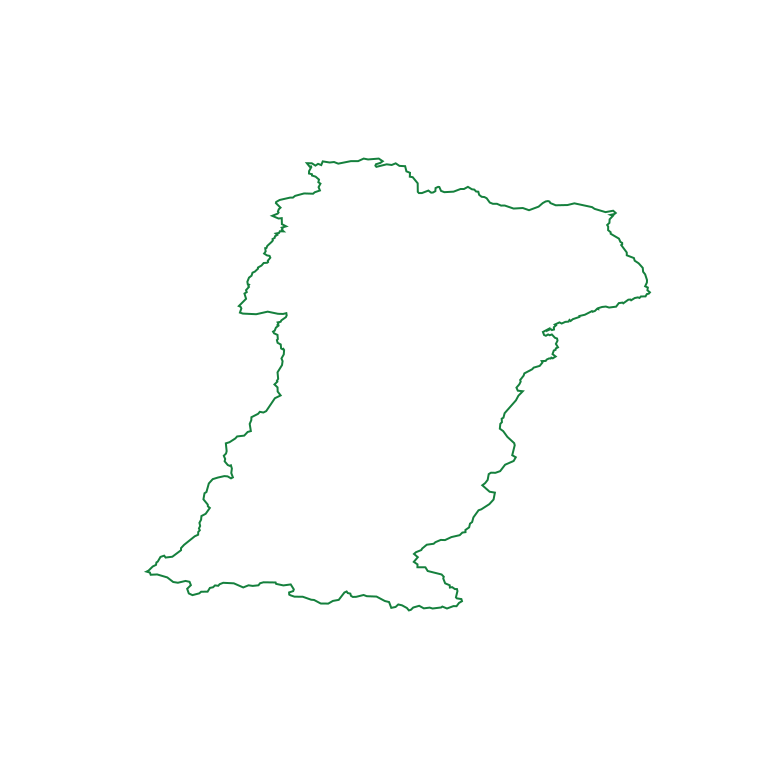 the district of Chaparral, Tolima, Colombia, rotated 253°
{"feature_id": "7082276B10096367300511", "entity_name": "Chaparral", "entity_type": "district", "adm_level": 2, "iso_a3": "COL", "parent_name": "Colombia", "parent_adm1": "Tolima", "projection": "equal_earth", "projection_center": [-75.57, 3.753], "detail": "fine", "context": "isolated", "style": "outline", "palette": "green", "viewbox_px": 768, "rotation_deg": 253, "n_neighbors": 0, "source": "geoboundaries", "source_scale": "gbopen_adm2", "svg_char_len": 6166}
<svg xmlns="http://www.w3.org/2000/svg" viewBox="0 0 768 768"><g transform="rotate(253 384 384)"><path d="M393.9,665.1L396.6,663.3L399.1,664.5L401.1,662.3L404.2,665.1L406.5,665.9L412.5,665.8L415.6,664.6L419.4,665.4L425.0,662.8L428.6,659.8L431.4,659.8L436.1,653.8L438.8,654.6L447.5,651.5L447.9,652.6L449.3,653.0L450.8,651.6L454.3,651.2L461.4,644.7L462.9,645.1L465.6,643.3L469.0,644.4L470.8,643.9L472.2,646.7L475.5,647.9L477.9,652.1L479.5,650.1L479.2,654.0L479.8,655.6L482.7,653.8L483.6,646.1L489.9,636.6L492.3,634.7L501.1,618.9L501.5,611.8L504.7,600.5L508.4,596.0L510.1,595.6L511.0,594.3L511.3,592.0L510.6,588.7L508.4,583.7L507.8,573.5L511.7,568.2L513.9,559.2L519.4,551.6L520.4,548.1L523.3,544.7L524.5,540.8L526.6,538.2L531.6,536.5L533.4,534.7L534.5,532.1L537.1,530.3L540.3,530.4L541.2,528.3L543.5,527.2L544.5,525.0L548.0,521.9L547.1,517.5L548.1,514.3L547.6,506.8L549.8,497.8L552.0,495.0L556.2,494.5L556.7,493.4L556.3,490.6L553.4,489.5L552.8,486.9L553.2,485.0L556.0,483.0L555.5,476.0L556.4,473.2L557.9,472.5L566.1,474.9L573.4,471.9L574.7,469.3L578.4,470.6L580.8,467.6L586.1,467.9L588.1,462.5L591.6,459.7L591.2,455.4L593.3,450.8L593.9,440.2L595.3,439.6L596.5,440.6L596.5,445.1L597.4,447.9L601.1,444.9L603.4,434.4L605.5,430.5L604.7,424.4L606.8,417.6L608.1,404.7L610.9,401.1L611.7,396.8L614.8,390.5L611.7,388.0L613.8,385.3L612.9,382.3L616.2,379.5L617.7,374.8L613.5,376.5L613.5,377.8L612.7,377.9L609.5,374.6L607.2,373.8L605.7,376.4L604.4,376.1L602.3,379.2L598.5,381.6L596.1,380.2L594.2,381.8L591.4,379.0L587.8,379.3L587.6,373.8L586.7,371.8L589.6,363.3L589.9,354.0L588.9,351.4L589.7,348.8L590.5,338.0L589.6,334.1L588.6,333.5L582.9,336.6L581.9,334.5L580.0,333.0L578.8,333.3L578.0,332.1L577.5,326.3L573.1,331.5L572.5,334.7L566.7,333.1L563.4,336.5L563.4,331.9L562.0,332.3L561.3,331.4L559.3,332.6L560.5,329.0L559.2,327.9L559.5,324.5L557.8,325.6L557.1,322.9L555.7,322.2L555.2,319.8L553.7,319.6L552.8,318.2L550.2,312.8L548.4,311.3L548.6,310.1L545.4,309.6L543.8,307.5L541.2,309.7L540.0,312.0L538.0,312.2L535.8,308.9L534.5,308.8L534.1,307.7L534.9,304.3L533.1,301.5L532.2,297.5L531.1,297.2L529.2,293.3L528.9,290.8L526.3,289.0L525.2,286.0L521.7,283.2L519.3,282.9L518.4,284.0L517.5,282.9L516.3,283.2L514.1,279.5L512.0,279.6L511.3,277.0L505.8,277.0L501.0,268.0L499.8,269.4L498.0,269.7L494.4,267.1L492.6,269.6L488.1,282.2L487.2,293.9L482.1,303.2L480.5,308.0L480.3,311.3L478.1,311.0L476.6,309.7L474.9,304.5L473.7,303.3L474.0,300.3L472.3,300.6L471.6,299.4L470.6,300.0L469.5,297.1L467.0,295.1L466.5,293.2L464.6,293.7L462.1,296.5L458.0,295.6L457.3,294.4L454.5,294.3L452.0,296.8L448.1,296.0L446.9,297.1L447.1,298.0L445.7,298.4L441.6,296.8L438.4,293.4L435.5,293.7L431.9,292.0L426.3,285.6L419.9,284.3L418.3,282.5L417.4,282.7L415.6,279.1L411.9,281.2L407.9,280.1L403.3,281.8L402.3,275.5L392.5,263.4L392.0,260.3L393.7,257.1L392.3,254.9L391.0,247.5L388.2,246.5L385.1,243.9L377.9,242.9L378.0,239.6L375.5,235.2L376.8,228.2L375.4,225.9L373.5,219.2L373.5,215.4L365.8,213.9L363.7,212.6L362.2,209.8L358.7,210.2L356.7,209.0L352.2,210.9L350.8,212.6L351.0,213.8L347.6,213.8L343.5,211.9L338.9,212.2L338.5,210.1L341.4,207.4L342.6,204.4L343.1,197.9L343.1,192.4L340.1,187.4L332.6,182.6L332.0,180.4L326.5,177.6L320.2,180.2L318.5,179.8L316.4,181.2L312.0,175.5L311.1,170.8L307.7,169.4L305.2,166.9L302.0,166.7L300.0,164.8L298.0,165.1L296.8,163.1L294.2,162.2L293.7,158.5L288.6,145.7L286.4,141.9L284.4,141.3L280.7,131.1L281.9,124.4L284.1,123.6L284.0,119.7L280.3,115.7L279.9,114.2L277.7,113.1L277.1,109.5L274.4,104.3L274.0,102.1L272.1,105.0L269.8,105.1L268.2,111.4L262.4,120.2L256.3,124.5L254.2,128.8L253.7,136.6L251.7,140.2L248.1,140.5L245.7,135.9L240.8,136.1L238.1,139.1L237.8,146.1L238.8,148.4L237.0,154.6L239.9,157.9L239.6,161.1L240.8,163.5L239.5,166.5L240.6,168.3L240.9,172.1L237.3,182.1L230.6,189.9L231.1,195.6L229.3,199.4L228.2,205.1L229.7,207.2L229.6,210.8L225.9,222.3L224.4,222.4L220.8,228.9L219.6,236.2L214.0,237.7L212.5,236.6L212.4,232.3L210.3,231.8L209.2,232.9L206.8,236.2L204.3,244.1L199.0,251.3L197.9,254.0L192.6,259.3L190.3,266.5L191.5,271.7L190.8,277.6L196.2,285.2L196.5,287.6L194.7,288.2L193.4,290.5L191.1,290.5L189.5,291.9L188.6,295.2L188.2,302.8L186.1,305.5L182.9,314.7L176.2,321.4L174.0,325.1L167.8,325.5L167.4,329.9L169.0,333.2L167.1,336.5L163.1,340.4L160.2,341.6L160.2,343.7L161.7,346.6L161.6,352.8L157.8,356.5L156.8,362.3L155.1,364.8L153.6,373.3L154.1,374.7L150.9,378.6L151.3,385.5L150.3,388.4L152.7,391.7L153.5,395.1L155.7,395.1L157.7,391.0L158.9,390.4L164.5,393.7L166.6,393.8L167.2,391.8L169.8,389.8L170.1,387.5L172.3,388.0L175.5,384.2L180.7,383.8L182.2,384.8L185.0,383.4L192.4,371.1L196.6,370.0L199.0,362.4L201.7,363.3L205.2,360.5L208.5,365.7L212.7,363.0L213.8,365.4L214.3,371.1L215.5,372.4L217.8,377.9L216.7,384.8L217.7,386.9L218.3,392.7L216.9,396.7L217.9,403.7L217.3,412.2L219.0,415.5L218.5,418.6L220.6,419.2L222.0,423.5L225.3,425.4L226.2,427.9L230.3,430.5L235.6,437.5L235.7,440.4L238.3,449.6L241.5,455.0L247.7,458.3L250.1,453.5L258.4,448.4L259.6,451.7L262.0,455.1L267.2,457.8L267.9,460.4L266.5,464.6L266.7,469.6L271.4,476.2L272.5,485.5L275.4,488.6L278.4,485.8L287.2,491.1L289.4,491.2L297.4,486.5L304.1,484.2L307.4,481.7L311.9,483.6L313.0,485.6L316.4,486.4L316.9,488.4L320.8,490.8L329.8,505.4L333.5,509.1L336.5,514.6L338.5,510.0L341.8,509.6L344.1,513.3L346.3,515.4L348.0,515.4L351.2,520.0L353.1,521.3L354.8,530.1L355.9,531.9L355.8,538.2L358.2,541.8L359.8,541.5L358.8,545.4L359.8,546.7L360.2,549.4L359.6,550.8L360.3,551.7L359.2,552.9L360.1,556.2L363.3,553.9L366.4,556.2L366.5,558.0L367.8,558.7L368.2,561.1L372.1,560.1L374.7,562.6L376.9,562.8L378.2,561.0L382.3,559.0L382.2,556.7L383.4,555.4L382.8,552.9L384.1,551.4L387.3,551.2L388.5,557.4L387.4,556.4L387.8,559.5L386.5,560.3L386.4,562.5L388.6,563.0L389.8,565.6L390.9,564.8L391.6,569.8L389.9,571.6L390.4,575.6L389.7,578.7L391.0,580.1L389.7,580.9L390.8,583.6L391.0,590.5L391.9,590.7L391.5,596.3L392.9,604.2L392.1,604.6L392.2,607.1L393.6,609.7L392.9,610.8L393.9,611.0L393.9,615.1L393.2,618.8L391.3,621.6L390.1,628.6L392.7,632.2L392.1,635.9L391.2,636.4L393.2,642.3L392.7,644.4L391.8,644.8L392.9,648.9L392.6,652.1L391.6,653.5L392.6,655.3L391.3,659.7L393.1,661.6L393.0,663.7L393.9,665.1Z" fill="none" stroke="#15803d" stroke-width="2"/></g></svg>